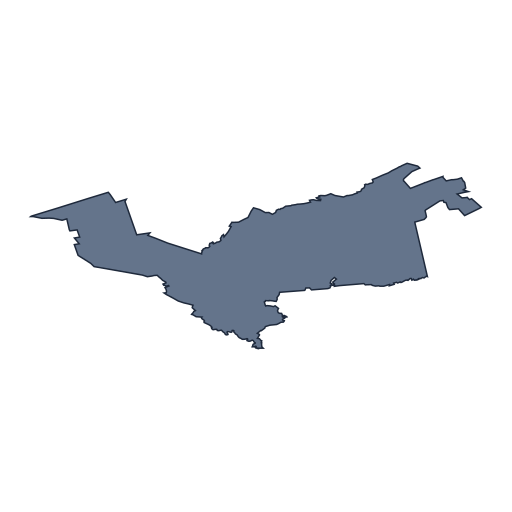 outline of Garkalnes pag., Garkalnes, Latvia
{"feature_id": "27541924B31320948799196", "entity_name": "Garkalnes pag.", "entity_type": "district", "adm_level": 2, "iso_a3": "LVA", "parent_name": "Latvia", "parent_adm1": "Garkalnes", "projection": "equal_earth", "projection_center": [24.379, 57.025], "detail": "fine", "context": "isolated", "style": "filled", "palette": "slate", "viewbox_px": 512, "rotation_deg": 0, "n_neighbors": 0, "source": "geoboundaries", "source_scale": "gbopen_adm2", "svg_char_len": 6038}
<svg xmlns="http://www.w3.org/2000/svg" viewBox="0 0 512 512"><path d="M443.0,176.4L433.7,179.6L433.1,179.7L425.6,182.5L424.8,182.6L423.7,183.2L410.4,188.4L404.0,181.2L403.6,181.0L403.4,179.8L403.9,178.7L411.9,171.6L417.7,169.0L419.9,168.1L417.7,166.1L407.1,163.3L401.3,165.9L400.6,166.5L399.3,166.8L397.2,168.1L391.9,170.7L388.3,172.9L382.5,175.2L376.3,178.0L372.3,179.5L373.2,181.9L372.4,182.9L369.3,183.6L368.3,184.2L367.2,184.4L365.7,184.2L365.4,184.3L364.6,184.8L364.9,185.7L364.2,187.7L361.5,189.3L361.4,190.2L361.0,190.9L360.4,191.4L359.6,191.7L357.0,192.1L357.3,193.0L354.5,193.9L352.5,194.8L348.1,195.6L347.1,195.5L343.5,197.0L334.9,195.5L330.8,193.7L326.4,195.4L324.8,195.7L320.8,195.5L318.9,195.9L318.9,196.1L319.6,196.9L316.3,197.8L316.7,198.3L318.2,198.9L320.8,199.3L320.5,200.6L316.2,200.4L313.5,199.7L311.4,199.9L309.5,200.3L310.5,202.2L306.8,203.1L303.7,203.7L299.6,204.1L297.4,204.2L295.4,204.7L291.7,205.2L291.0,205.7L285.7,206.2L282.6,208.3L280.8,208.6L280.1,209.4L278.6,209.2L276.4,210.3L275.6,212.5L272.4,214.3L268.9,212.5L265.3,212.6L259.8,209.6L253.5,207.8L251.2,211.1L248.0,217.5L244.1,219.3L238.5,222.2L232.5,222.4L232.0,222.2L229.3,226.1L231.1,226.6L228.4,231.5L226.3,234.2L224.0,236.9L223.5,234.6L221.9,235.8L221.1,237.5L220.4,238.4L220.6,238.8L220.9,240.5L219.2,241.8L216.7,242.2L215.5,243.1L213.3,243.8L212.6,243.0L213.2,242.5L212.7,242.0L212.0,242.5L210.7,243.2L209.8,243.4L209.2,245.3L209.8,246.3L209.2,247.1L208.0,247.8L205.7,247.7L205.3,248.1L203.5,248.9L203.1,249.2L202.8,249.6L202.7,250.0L202.3,250.3L202.6,250.4L202.4,250.7L202.2,250.7L202.2,251.2L202.0,251.4L202.0,251.9L201.9,252.0L201.9,252.4L201.6,252.9L201.6,253.9L167.7,243.1L155.7,238.3L147.8,235.4L149.9,232.9L136.7,234.8L125.0,201.5L126.3,199.2L115.6,202.5L110.2,194.6L108.3,192.3L88.7,198.3L58.2,207.9L33.4,215.5L31.2,216.2L30.7,216.6L33.3,216.6L41.9,218.3L49.1,218.1L53.7,218.4L61.8,220.2L62.4,220.2L66.8,218.9L69.3,229.7L69.9,230.9L77.1,229.9L79.7,237.1L74.4,238.0L79.2,243.8L74.3,244.6L78.1,255.4L90.8,263.4L94.1,266.6L142.5,275.1L147.4,276.7L152.1,276.0L154.0,275.5L157.2,275.3L159.7,277.7L160.1,277.8L162.6,280.3L165.8,282.1L166.0,282.9L163.0,284.1L163.8,285.3L164.6,285.3L166.2,286.2L168.5,285.5L168.9,286.0L165.0,287.6L166.1,289.4L166.5,291.2L166.4,292.2L166.3,292.7L164.1,293.0L166.5,294.6L173.3,298.2L178.2,301.0L183.9,302.9L188.3,303.9L193.0,305.2L192.2,307.4L192.3,307.8L195.4,310.6L193.7,311.5L193.4,312.3L192.6,313.3L192.1,313.7L191.6,314.4L193.0,314.8L196.1,316.7L201.8,317.1L201.4,317.5L201.4,317.8L201.9,318.7L203.9,320.1L204.3,320.6L204.5,321.0L204.0,321.6L204.1,322.5L208.7,324.6L210.5,325.7L211.9,327.2L211.4,327.5L211.7,328.6L212.8,329.6L213.5,329.7L214.8,329.4L216.3,329.3L216.8,329.4L217.3,330.5L218.7,330.7L221.0,330.2L221.6,330.3L222.7,331.6L224.5,332.9L224.8,333.3L225.1,334.1L225.6,334.6L226.5,334.9L227.6,334.7L228.0,334.5L228.0,334.3L228.0,334.1L227.3,333.2L227.0,332.1L227.2,331.9L227.6,331.6L228.7,331.7L231.1,332.3L231.8,332.0L232.0,331.7L232.1,331.3L232.0,330.8L232.2,330.4L233.3,330.4L233.9,330.8L233.8,331.8L234.0,332.2L234.8,332.9L235.4,333.9L237.1,334.9L238.2,336.6L239.3,337.7L240.9,338.4L241.7,339.0L242.4,339.3L243.6,339.3L245.1,339.2L246.6,338.7L247.3,338.7L247.6,338.9L247.7,339.3L246.9,340.2L247.1,340.7L248.9,341.3L250.3,341.1L252.1,340.2L252.7,340.3L253.2,340.6L253.6,341.0L254.1,342.1L255.2,342.8L255.2,343.2L253.1,344.3L252.5,346.3L252.2,346.8L252.9,346.9L254.7,346.6L255.7,346.2L256.0,346.3L256.2,346.7L255.3,347.5L255.6,347.9L256.1,348.0L256.4,347.8L257.0,347.9L257.1,348.4L258.6,348.7L259.0,348.5L258.9,348.2L263.2,348.2L261.9,346.9L261.8,346.5L261.6,344.5L261.7,342.6L261.3,342.6L261.7,340.7L260.9,340.5L259.4,338.7L257.4,338.4L259.5,334.9L259.4,334.4L257.3,333.3L260.8,330.5L261.3,330.7L264.8,328.1L265.0,327.3L265.4,326.6L269.8,325.2L276.6,324.5L278.6,323.6L280.9,322.3L283.4,322.1L284.1,321.3L284.3,320.7L283.2,320.6L282.5,319.7L282.5,319.4L283.3,318.8L284.7,318.2L284.8,317.9L284.5,317.7L284.9,317.3L286.9,316.9L286.7,316.6L284.0,315.4L283.7,315.6L283.8,316.9L283.2,317.2L282.5,317.0L282.3,316.5L282.4,315.5L282.3,314.9L281.6,313.4L279.5,313.3L278.2,312.6L277.5,310.8L278.2,308.9L278.5,308.4L275.1,305.8L273.5,306.6L270.2,305.9L267.0,305.6L265.7,306.0L265.3,305.3L264.3,301.9L265.3,301.4L265.5,300.6L269.0,300.8L269.2,300.5L272.4,300.8L274.4,301.2L276.2,301.4L277.2,299.3L277.0,297.5L279.1,294.7L279.6,292.3L304.6,290.4L305.1,289.9L305.8,288.0L309.6,287.9L311.5,289.9L327.9,288.6L330.0,287.8L330.7,285.9L330.4,285.5L331.4,284.8L331.7,283.8L330.2,283.0L331.1,280.4L334.4,277.5L336.4,279.1L334.3,280.8L333.5,281.7L332.9,282.0L333.0,282.2L332.9,282.5L333.2,282.8L333.2,283.2L334.4,283.9L334.4,284.0L333.9,284.1L333.8,284.3L334.4,284.4L334.3,284.6L332.9,284.9L332.8,285.1L333.4,284.9L333.6,285.0L333.5,285.4L334.7,285.7L334.5,286.3L339.7,285.6L363.9,283.6L365.3,284.9L365.6,284.8L371.5,284.6L372.1,285.3L375.3,286.1L378.8,285.8L379.9,286.2L383.8,286.2L389.5,284.5L389.3,285.8L389.6,285.7L394.2,284.3L393.6,283.1L396.6,282.3L397.5,283.0L398.5,282.7L400.2,281.9L400.8,282.5L401.7,282.3L405.4,280.3L407.6,280.0L407.6,280.3L408.0,280.4L408.8,279.7L409.9,278.6L410.2,278.5L411.3,278.5L411.6,279.1L411.5,279.4L411.9,279.7L411.9,280.1L413.1,279.7L413.4,279.3L413.7,279.7L414.0,279.7L414.4,280.2L415.0,280.3L415.8,279.9L416.7,280.1L418.0,279.6L418.4,279.4L418.2,279.3L418.5,279.2L418.4,278.7L418.5,278.6L419.9,278.5L420.8,278.6L420.9,278.3L422.7,277.5L423.3,277.8L424.2,277.9L425.1,277.1L425.9,276.7L426.2,276.3L427.0,276.3L427.4,276.5L415.0,223.2L414.8,222.1L424.2,219.4L425.7,217.9L426.4,216.9L426.4,216.5L426.0,214.5L425.1,210.7L425.6,210.0L439.9,200.9L443.3,200.5L443.9,202.3L446.0,202.6L447.9,207.6L449.5,209.6L458.5,208.8L464.6,215.6L479.0,208.6L481.3,207.3L471.6,198.7L469.5,199.6L467.1,197.3L466.9,197.5L462.0,197.9L457.1,194.0L463.3,192.6L463.2,192.4L464.5,192.1L464.6,192.3L468.4,191.6L463.3,189.8L465.7,188.1L464.7,182.6L463.8,181.3L463.4,181.3L461.5,177.8L457.3,179.2L453.1,179.7L451.6,179.7L446.2,180.9L442.9,177.3L443.0,176.4Z" fill="#64748b" stroke="#1e293b" stroke-width="1.5"/></svg>